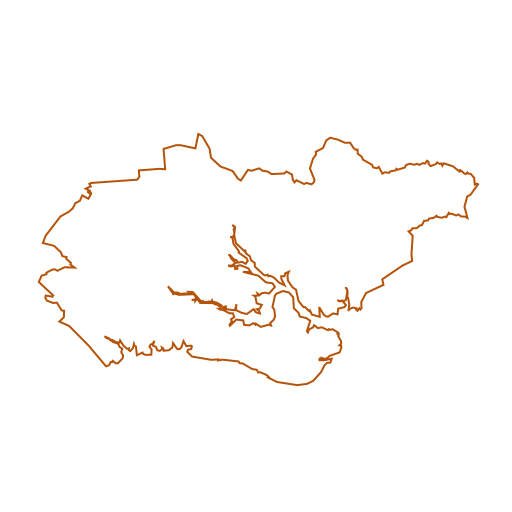 the district of Henderson-Massey Local Board Area, Auckland, New Zealand, rotated 96°
{"feature_id": "76426892B68430055344516", "entity_name": "Henderson-Massey Local Board Area", "entity_type": "district", "adm_level": 2, "iso_a3": "NZL", "parent_name": "New Zealand", "parent_adm1": "Auckland", "projection": "natural_earth1", "projection_center": [174.63, -36.849], "detail": "fine", "context": "isolated", "style": "outline", "palette": "amber", "viewbox_px": 512, "rotation_deg": 96, "n_neighbors": 0, "source": "geoboundaries", "source_scale": "gbopen_adm2", "svg_char_len": 6116}
<svg xmlns="http://www.w3.org/2000/svg" viewBox="0 0 512 512"><g transform="rotate(96 256 256)"><path d="M146.1,207.5L148.8,206.9L153.4,209.5L163.3,211.5L174.1,205.8L176.4,206.0L178.9,208.2L178.1,213.6L179.4,215.7L176.4,223.8L178.8,225.4L176.3,227.4L171.3,228.6L168.8,234.6L171.0,236.6L172.9,249.0L170.8,253.4L170.5,258.4L168.5,262.0L171.7,269.4L171.2,273.0L182.5,278.9L181.2,281.8L173.9,288.2L170.7,300.7L163.0,311.0L154.1,313.4L142.4,322.0L140.7,326.1L155.3,327.5L153.7,342.6L154.2,347.2L159.2,359.1L179.2,355.4L179.4,361.0L183.1,381.5L189.4,380.3L192.5,382.0L200.6,427.6L201.7,429.3L204.1,427.6L206.8,432.4L208.0,429.6L210.0,429.8L210.9,428.4L209.0,427.8L211.2,426.4L216.6,428.7L213.9,435.1L219.6,437.0L222.3,441.2L227.9,443.3L231.5,446.7L237.1,454.6L257.8,467.3L265.4,469.3L267.0,457.9L272.6,450.5L276.4,448.5L276.9,444.3L278.6,444.4L282.2,439.4L283.9,439.7L286.5,435.2L287.2,445.3L291.4,451.9L290.2,455.0L290.8,457.1L294.5,462.7L296.0,462.5L297.9,467.1L304.5,469.3L316.4,453.6L317.8,454.2L317.3,461.0L319.6,461.2L322.2,459.3L323.9,453.2L323.3,449.1L330.5,443.5L330.5,441.1L337.0,440.7L341.8,444.7L345.1,434.5L362.5,413.2L381.4,393.6L380.0,390.8L376.4,389.2L376.5,387.8L375.3,387.4L377.3,384.4L377.2,382.2L371.8,378.0L369.0,377.7L365.7,380.0L362.0,379.3L360.8,382.1L357.8,383.7L356.5,389.0L354.8,392.2L354.4,392.8L353.6,393.3L353.5,395.3L351.7,398.3L353.4,393.2L354.6,392.1L354.4,390.4L356.3,386.3L356.3,382.6L354.2,382.3L358.7,378.7L361.8,374.5L361.1,372.8L362.8,372.7L363.7,371.1L360.5,368.8L356.3,368.2L358.0,367.5L358.5,366.0L367.1,364.1L363.9,358.7L365.1,358.2L365.9,355.6L365.1,349.8L359.8,350.1L357.4,352.5L355.1,351.6L353.9,349.4L350.9,348.3L355.8,349.1L356.9,345.9L360.1,344.3L360.4,341.8L358.3,339.4L356.9,340.0L357.6,338.6L359.9,337.9L358.8,332.9L355.7,329.6L351.2,329.4L356.7,324.7L356.7,322.2L354.5,320.6L348.2,319.2L353.0,315.8L351.9,311.3L352.5,310.3L355.2,310.7L356.4,313.9L358.4,314.4L362.7,309.1L363.9,289.8L362.8,282.6L363.8,282.7L362.6,278.4L362.7,262.3L364.4,260.9L364.2,258.2L368.8,248.0L369.1,243.3L371.7,241.5L371.1,239.7L373.3,232.9L375.2,230.4L375.6,231.1L379.1,222.1L380.1,201.4L377.8,191.8L374.1,186.0L364.6,179.1L357.4,176.4L354.9,174.2L354.2,170.9L350.3,170.0L352.7,177.8L353.0,182.8L352.2,180.8L351.2,182.8L352.0,179.5L350.5,180.1L351.1,177.2L350.3,174.7L347.6,172.3L343.1,162.8L338.3,161.5L336.5,161.9L336.1,163.7L334.3,162.1L331.6,162.6L327.1,165.9L325.3,165.4L324.8,166.9L323.7,166.1L320.8,172.2L321.7,174.7L321.1,175.8L322.3,176.7L320.0,183.2L321.3,186.8L318.7,191.0L321.0,191.8L323.4,195.5L326.6,196.4L325.3,197.5L314.8,195.3L312.5,199.4L311.6,206.2L308.1,207.7L304.0,212.9L293.2,214.7L288.9,219.3L288.0,225.4L291.4,231.8L293.3,233.0L305.1,234.3L307.4,232.2L314.2,230.7L317.4,231.6L321.2,234.8L323.5,233.8L322.9,235.8L326.0,243.9L323.3,249.1L324.4,249.3L323.1,251.6L325.7,255.4L325.7,260.6L321.4,262.0L321.3,269.0L328.1,274.6L327.1,275.1L323.4,273.1L321.6,274.3L318.9,271.2L315.4,273.1L315.7,276.4L312.7,284.4L313.2,285.7L312.5,287.1L312.4,285.1L310.0,286.9L308.1,290.3L308.4,292.0L307.3,292.9L308.5,306.6L303.5,311.1L305.3,310.7L307.1,311.7L305.9,311.9L306.5,315.4L305.2,311.2L303.0,311.5L300.5,314.1L302.7,328.4L301.9,332.8L303.1,335.1L301.8,333.3L300.7,335.8L295.3,340.4L300.9,333.7L300.5,330.2L301.6,327.5L299.8,317.4L298.7,319.1L298.6,314.9L307.4,305.3L307.4,304.1L305.4,304.8L307.2,303.7L306.8,298.3L305.4,298.7L306.5,298.1L306.2,296.1L304.8,295.2L305.8,295.0L306.5,290.3L308.7,285.3L311.8,282.3L311.8,281.3L309.7,281.8L309.2,280.8L312.1,280.2L312.1,271.2L306.0,270.4L311.9,270.3L314.1,264.0L314.6,259.0L309.2,252.9L312.0,250.2L312.8,246.1L310.4,247.0L308.9,249.6L307.9,246.8L304.0,245.1L303.0,250.4L296.3,252.4L295.7,253.7L295.1,249.6L293.2,250.5L294.5,248.4L292.4,246.3L291.5,243.2L291.9,239.1L284.8,234.0L281.5,236.6L281.1,243.5L275.3,251.6L273.1,267.4L272.6,259.4L269.0,262.5L266.8,270.8L267.9,273.8L270.6,273.1L271.2,275.3L268.1,276.1L269.1,280.4L268.4,282.7L268.1,279.3L265.1,275.5L260.8,280.7L258.0,282.1L257.9,283.0L257.7,283.6L257.9,281.9L261.5,277.9L262.3,274.9L264.5,273.4L263.3,269.4L264.8,265.4L261.8,263.7L259.3,265.0L254.4,273.6L253.3,273.3L246.3,279.6L240.1,281.4L239.8,283.7L239.4,280.7L235.6,279.8L232.1,281.0L229.5,280.2L227.6,282.9L229.2,279.9L238.0,279.8L245.4,277.2L252.7,267.7L250.8,267.6L254.6,266.1L256.8,262.2L260.8,260.4L263.1,256.5L266.6,256.1L273.8,246.6L274.4,245.0L273.4,242.4L274.9,241.6L274.2,239.8L275.7,235.7L280.0,230.4L282.2,224.5L275.9,228.5L273.5,228.8L273.1,225.6L270.1,225.1L268.2,221.7L271.4,222.7L277.1,221.7L283.4,216.4L285.3,212.7L296.3,209.0L301.9,203.4L301.7,201.9L305.3,197.3L304.4,196.7L308.5,194.2L309.8,186.2L300.3,187.8L307.2,182.6L308.7,180.0L308.8,178.0L305.1,173.4L305.5,168.8L299.8,168.8L297.7,162.9L295.5,161.3L291.5,165.6L292.4,167.7L292.1,168.9L291.3,170.6L292.3,167.6L291.2,166.0L291.6,163.8L290.5,162.1L282.0,161.4L279.8,162.1L278.3,163.4L277.7,163.5L279.8,161.9L282.2,161.1L288.3,160.9L288.2,160.0L294.6,158.1L301.1,158.4L299.1,157.7L297.1,154.1L297.6,150.5L298.7,150.9L299.9,149.3L297.2,147.7L298.3,146.6L297.0,145.6L290.9,146.5L281.3,142.7L271.4,126.2L266.0,128.0L250.2,109.3L244.6,100.2L237.7,101.6L219.5,102.3L215.5,106.8L214.3,104.4L212.1,103.4L211.5,98.9L208.5,96.3L208.0,94.2L203.4,92.5L202.7,88.7L200.8,87.9L199.3,83.0L197.1,80.7L198.2,79.7L198.5,75.1L197.0,72.1L197.5,70.8L192.9,68.7L194.0,67.7L193.5,65.6L194.8,61.3L193.5,58.9L195.2,56.2L195.0,52.1L196.1,49.7L185.2,53.8L174.7,52.2L172.7,49.1L161.5,42.7L161.0,44.3L162.1,45.9L155.4,47.2L151.9,51.1L151.9,53.6L150.8,54.5L152.6,56.0L152.1,57.7L150.0,60.3L150.7,62.3L149.3,62.2L149.9,63.9L146.2,69.4L144.2,79.0L146.7,80.2L144.6,81.4L145.2,83.1L144.0,85.7L145.8,86.8L148.4,91.8L146.0,94.2L144.3,94.2L143.4,95.9L146.4,97.5L146.2,99.8L148.3,103.0L147.5,105.6L148.7,108.1L148.2,113.0L149.9,116.3L152.4,117.2L155.4,124.2L154.6,125.5L156.3,126.1L157.8,131.4L159.4,132.3L159.3,136.8L160.9,138.9L154.6,143.2L156.1,144.9L155.6,148.8L153.2,150.1L149.0,159.7L146.1,161.3L143.6,165.5L139.6,166.1L139.9,168.2L138.5,170.2L133.5,174.3L134.1,179.4L131.7,186.7L130.6,194.5L133.7,198.2L141.7,200.7L146.1,207.5Z" fill="none" stroke="#b45309" stroke-width="2"/></g></svg>